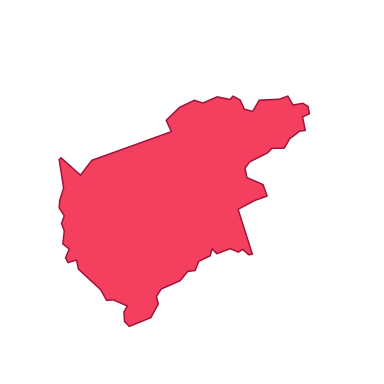 Floyd, Kentucky, United States of America, rotated 242°
{"feature_id": "52423323B75655916950400", "entity_name": "Floyd", "entity_type": "district", "adm_level": 2, "iso_a3": "USA", "parent_name": "United States of America", "parent_adm1": "Kentucky", "projection": "albers", "projection_center": [-82.761, 37.521], "detail": "fine", "context": "isolated", "style": "filled", "palette": "rose", "viewbox_px": 384, "rotation_deg": 242, "n_neighbors": 0, "source": "geoboundaries", "source_scale": "gbopen_adm2", "svg_char_len": 1012}
<svg xmlns="http://www.w3.org/2000/svg" viewBox="0 0 384 384"><g transform="rotate(242 192 192)"><path d="M246.6,71.2L240.4,67.3L230.9,68.0L225.4,62.0L217.6,61.0L206.9,53.6L199.3,56.8L193.2,49.4L187.9,49.4L186.1,58.1L177.2,55.5L148.6,65.5L136.4,65.7L133.8,71.7L121.8,81.4L118.1,75.7L109.4,71.6L102.8,73.5L100.4,96.7L109.0,109.7L116.4,111.5L120.8,119.3L119.3,140.0L123.9,150.9L121.2,157.9L127.6,165.4L127.1,178.0L132.3,183.1L125.9,184.9L124.0,199.1L117.1,204.8L117.6,209.7L109.9,212.7L108.8,216.1L155.1,224.6L155.1,243.1L153.2,256.4L165.2,258.2L178.9,247.3L188.1,249.9L191.5,256.9L191.1,277.1L193.0,283.0L187.4,294.0L193.2,303.3L195.2,315.6L193.2,320.9L206.4,324.9L206.0,332.5L213.2,334.6L218.3,331.5L221.4,322.0L231.7,321.6L232.9,312.8L241.5,294.5L234.6,283.3L240.7,277.1L250.6,277.7L257.4,273.2L255.9,269.0L264.2,258.9L265.5,243.3L271.9,237.1L272.6,220.8L267.4,202.9L255.0,202.1L267.0,118.4L259.2,101.4L283.6,92.5L283.1,90.0L255.8,80.5L246.6,71.2Z" fill="#f43f5e" stroke="#9f1239" stroke-width="1.5"/></g></svg>